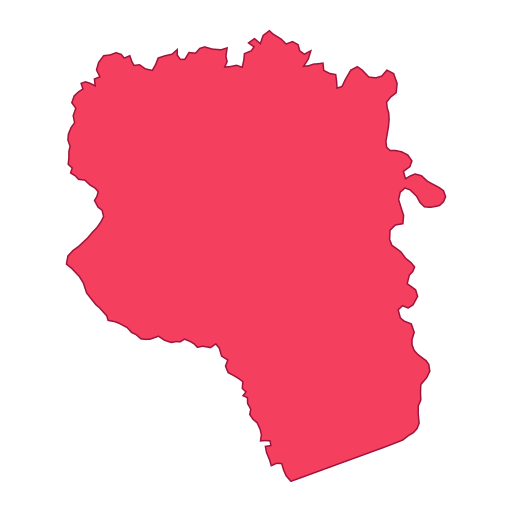 Pinhal Grande, Rio Grande do Sul, Brazil
{"feature_id": "56859067B41632636644802", "entity_name": "Pinhal Grande", "entity_type": "district", "adm_level": 2, "iso_a3": "BRA", "parent_name": "Brazil", "parent_adm1": "Rio Grande do Sul", "projection": "albers", "projection_center": [-53.335, -29.303], "detail": "fine", "context": "isolated", "style": "filled", "palette": "rose", "viewbox_px": 512, "rotation_deg": 0, "n_neighbors": 0, "source": "geoboundaries", "source_scale": "gbopen_adm2", "svg_char_len": 3095}
<svg xmlns="http://www.w3.org/2000/svg" viewBox="0 0 512 512"><path d="M362.0,69.9L357.3,66.7L350.7,70.2L345.1,80.0L342.0,86.5L337.0,88.1L336.6,81.3L335.7,74.6L329.5,73.4L323.7,70.4L323.0,63.1L317.9,63.8L313.6,64.1L308.5,65.8L303.6,66.3L308.3,59.0L310.8,50.8L304.3,54.2L299.7,50.8L298.1,44.7L292.5,41.6L286.1,44.0L281.3,39.2L272.8,33.9L269.4,30.7L263.1,35.5L260.3,43.7L254.5,38.6L248.5,42.9L254.0,46.9L251.3,50.8L244.4,53.7L243.9,59.5L242.3,67.3L236.5,65.3L229.8,66.7L224.7,67.0L227.1,61.7L225.9,56.2L227.1,47.9L221.1,49.8L212.3,49.1L204.6,46.9L199.8,48.4L195.5,53.2L189.0,52.5L184.9,59.3L180.3,59.4L177.2,55.0L177.2,49.6L172.1,54.2L165.3,55.7L158.2,58.0L155.6,64.6L152.3,70.4L145.4,68.9L139.6,64.8L133.9,65.4L131.7,61.2L129.8,55.7L124.2,58.1L121.2,54.4L116.1,52.7L110.3,54.9L103.7,55.7L98.6,62.5L96.5,69.9L99.9,76.8L94.4,79.0L95.2,85.8L89.8,83.2L85.5,81.8L81.1,83.4L82.9,89.0L78.7,91.7L74.2,95.9L71.8,102.7L75.8,108.2L73.2,115.7L74.6,122.8L71.1,127.5L68.4,134.1L67.9,140.0L70.1,146.3L68.9,151.4L68.9,157.5L68.2,164.3L72.2,168.0L70.6,173.0L75.4,175.9L78.6,179.4L84.8,180.1L90.1,185.1L95.0,188.0L98.2,191.7L96.9,196.5L94.5,200.5L98.0,207.1L102.1,210.3L103.6,216.5L101.2,221.4L97.1,227.4L92.5,232.2L87.6,238.0L78.9,246.2L72.9,250.6L67.9,256.0L66.4,264.1L71.7,268.4L75.5,272.4L79.2,276.3L83.3,282.9L86.6,292.9L92.6,300.6L95.8,304.6L99.5,307.8L106.8,315.9L108.1,320.4L115.0,321.7L119.1,323.3L127.2,327.6L131.6,332.5L136.1,334.6L141.0,338.9L145.6,339.4L150.4,339.1L158.5,336.2L164.4,340.2L171.3,342.5L175.9,341.6L180.3,341.8L184.4,339.1L190.3,341.5L194.2,343.9L197.4,347.3L202.7,346.2L210.5,347.6L215.8,343.9L219.3,348.2L221.6,356.1L227.8,360.0L225.5,366.1L228.2,372.7L233.3,375.3L238.6,378.5L242.8,381.6L242.3,388.5L246.0,391.9L243.0,395.7L247.4,397.6L247.6,403.5L250.8,409.2L249.7,414.4L252.9,419.2L257.2,422.9L260.1,429.2L261.4,434.8L260.5,440.9L265.1,440.6L270.0,440.8L270.9,445.6L265.4,446.4L266.5,452.4L269.7,460.2L271.3,465.7L276.6,463.3L281.7,463.6L283.7,470.2L286.1,475.7L290.9,481.3L386.4,446.4L402.8,440.0L408.7,435.4L413.3,432.7L417.0,428.7L419.1,423.3L418.2,413.4L418.3,405.8L420.8,400.0L420.5,392.8L420.8,384.6L426.7,377.6L429.8,371.2L428.8,364.6L426.1,360.6L422.3,357.9L417.3,354.0L414.1,350.3L412.0,344.7L412.0,339.5L414.2,332.3L411.3,323.9L403.8,320.9L400.3,317.8L398.2,309.8L402.5,305.7L408.1,308.0L413.0,304.9L417.6,296.4L415.6,289.8L407.2,283.7L409.3,275.2L412.8,271.5L414.6,267.0L411.0,262.6L405.6,258.3L400.9,251.9L397.2,249.1L391.9,245.3L389.6,239.5L390.0,230.3L395.3,225.0L402.9,223.7L403.6,215.5L401.3,208.4L398.6,199.6L400.2,192.2L405.0,188.0L410.1,189.9L416.6,196.2L420.0,202.5L424.4,206.8L429.9,207.3L434.8,206.6L439.5,205.5L443.5,201.8L445.6,196.8L443.5,190.7L438.7,187.3L431.7,183.6L427.6,181.4L421.4,175.7L415.1,174.0L410.4,175.9L405.5,178.7L403.4,171.4L409.8,166.7L411.9,161.0L407.8,155.0L401.6,151.8L395.4,150.5L390.1,150.5L386.6,147.3L385.9,141.4L388.5,126.4L389.1,119.3L388.7,113.0L387.1,107.5L386.6,102.1L390.6,97.1L396.2,92.7L397.1,83.4L393.6,73.6L386.9,70.1L381.9,76.0L376.0,77.8L368.9,77.1L362.0,69.9Z" fill="#f43f5e" stroke="#9f1239" stroke-width="1.5"/></svg>